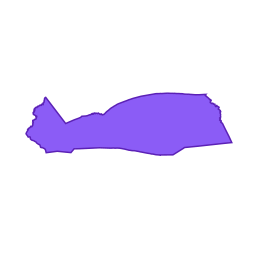 outline of Sinazongwe, Southern, Zambia, rotated 53°
{"feature_id": "96606910B20600796740117", "entity_name": "Sinazongwe", "entity_type": "district", "adm_level": 2, "iso_a3": "ZMB", "parent_name": "Zambia", "parent_adm1": "Southern", "projection": "natural_earth1", "projection_center": [27.144, -17.456], "detail": "fine", "context": "isolated", "style": "filled", "palette": "violet", "viewbox_px": 256, "rotation_deg": 53, "n_neighbors": 0, "source": "geoboundaries", "source_scale": "gbopen_adm2", "svg_char_len": 5216}
<svg xmlns="http://www.w3.org/2000/svg" viewBox="0 0 256 256"><g transform="rotate(53 128 128)"><path d="M100.9,140.7L100.6,140.9L100.5,141.1L100.3,141.7L100.4,142.0L100.2,142.1L98.2,142.7L98.1,143.0L98.2,143.6L97.9,143.8L96.9,144.6L96.9,145.2L96.9,145.4L96.8,145.5L96.3,145.4L95.9,145.7L96.0,146.2L96.0,147.4L96.0,147.5L95.7,147.9L95.5,147.5L95.3,147.2L95.0,147.8L94.9,148.0L94.9,148.3L94.8,148.7L94.9,148.8L95.0,148.8L95.0,149.3L94.8,149.7L94.8,150.0L94.7,150.3L94.3,150.8L93.7,153.1L93.0,154.5L90.9,157.7L90.8,157.9L90.9,158.4L91.0,159.5L90.5,161.5L89.1,166.1L86.9,175.1L54.0,175.3L53.9,175.8L53.9,176.0L54.1,176.7L54.3,177.0L55.1,177.5L55.2,177.9L55.3,178.1L55.5,178.2L55.5,178.3L55.8,178.6L56.1,178.8L56.3,178.9L56.3,179.1L56.6,179.3L56.9,179.7L57.1,180.4L57.1,180.6L57.0,180.8L57.3,181.0L57.2,181.0L57.3,181.3L57.4,181.5L57.5,181.8L57.3,182.0L57.6,182.5L57.7,182.9L57.7,183.2L57.3,183.1L57.4,183.6L57.4,183.9L57.2,184.0L57.0,184.3L57.0,184.6L56.8,184.6L56.8,184.8L56.8,185.6L56.8,186.0L56.7,186.2L56.7,186.5L56.7,186.8L56.7,187.0L56.8,187.1L56.7,187.3L56.4,187.2L56.4,187.6L56.5,187.9L56.5,188.2L56.4,188.4L56.6,188.5L56.4,188.7L56.4,188.9L56.4,189.1L56.2,189.2L56.2,189.4L56.1,189.5L56.3,190.1L56.3,190.3L56.2,190.6L56.3,190.7L56.6,190.9L56.4,191.4L56.5,191.6L56.7,191.8L57.0,191.7L57.2,191.4L57.3,191.5L57.5,192.0L57.7,192.4L57.8,192.3L57.9,192.0L58.0,192.1L58.1,192.3L57.9,192.4L58.2,192.6L58.3,192.9L58.5,192.9L58.6,193.0L58.3,193.3L58.2,193.3L58.6,193.7L58.5,194.2L58.6,194.4L58.7,194.6L59.0,194.8L59.2,194.7L59.5,194.9L59.6,195.0L60.3,195.4L60.5,195.3L60.5,195.1L60.8,195.0L61.7,194.7L62.0,194.6L62.8,194.2L63.1,194.2L63.4,194.2L63.5,194.2L63.3,194.4L63.3,194.5L63.5,194.8L63.7,194.7L63.8,194.3L64.1,194.6L64.1,194.9L64.5,195.1L64.8,195.2L64.9,195.5L65.1,195.6L65.4,196.2L65.5,196.5L65.4,196.6L65.0,197.0L65.1,197.3L65.0,197.7L65.1,197.9L64.9,198.5L65.1,199.4L64.8,199.6L65.4,200.1L65.9,200.1L66.2,200.3L66.4,200.2L66.5,200.3L66.6,201.1L66.8,201.1L67.1,201.3L67.5,201.3L67.7,201.6L67.9,201.9L68.1,202.3L68.7,202.7L68.7,202.8L68.7,203.5L69.0,203.8L69.1,204.0L68.9,204.4L68.8,204.5L68.2,204.6L68.1,204.8L68.4,205.1L68.7,206.2L68.5,207.0L68.5,207.8L68.6,208.3L68.7,208.6L68.8,208.9L69.0,208.8L69.3,208.7L69.5,209.2L69.9,210.3L70.4,211.5L71.0,212.6L71.2,212.8L71.3,212.9L72.1,213.0L74.1,213.0L74.9,213.2L75.0,213.1L75.3,213.0L75.7,212.2L76.0,211.8L76.1,211.7L76.4,211.6L76.6,211.6L77.2,212.1L77.7,212.4L78.1,212.5L78.9,212.4L79.7,212.2L81.6,210.8L82.4,210.6L83.5,210.0L83.9,209.9L84.7,210.0L85.0,210.0L85.7,209.7L86.9,209.4L87.2,209.3L87.5,209.1L87.7,208.9L87.9,208.7L88.8,208.6L89.7,209.0L90.6,209.3L90.8,209.4L91.0,209.3L91.4,209.1L92.0,208.3L92.7,207.9L94.3,207.1L94.9,207.1L95.3,206.9L98.5,208.2L104.0,198.5L113.3,188.4L112.2,183.5L113.2,182.2L115.4,179.1L126.6,162.7L133.7,153.9L135.4,151.4L136.3,150.5L137.4,148.8L139.1,146.8L139.9,146.1L140.5,145.5L142.9,143.3L145.4,141.3L146.4,140.5L147.1,139.7L148.5,138.4L150.1,136.4L152.0,134.7L153.6,133.2L154.3,132.7L155.0,132.0L157.0,130.2L157.9,129.4L158.9,128.5L160.7,126.8L161.6,125.9L162.9,124.9L163.9,123.7L165.7,122.2L166.4,121.5L167.1,120.7L167.5,120.2L168.3,119.4L168.5,119.2L168.4,119.2L176.5,108.2L177.6,95.7L177.6,94.6L185.1,82.3L196.7,62.8L199.3,58.5L202.1,53.9L195.7,52.5L186.8,50.9L181.2,49.8L180.7,49.8L180.3,50.1L179.4,50.4L179.2,50.4L178.7,49.4L178.3,49.3L178.0,49.3L177.8,49.7L177.5,49.9L177.0,50.0L176.8,50.0L176.6,49.6L176.5,49.0L176.4,48.8L176.1,48.6L175.7,48.8L175.3,48.8L175.2,48.8L175.1,48.6L175.3,47.9L175.2,47.7L174.9,47.3L174.0,46.9L172.8,45.8L172.0,45.6L171.7,45.4L171.3,45.4L171.1,45.2L171.0,44.9L171.0,44.6L170.9,44.3L170.6,44.4L170.1,44.5L170.0,44.4L169.9,44.3L170.0,44.0L169.9,43.9L169.7,43.8L167.5,44.3L167.3,44.5L167.1,44.4L166.8,43.8L166.7,43.5L166.6,43.4L166.5,43.0L166.4,42.9L166.0,42.8L165.6,43.0L165.4,43.2L165.2,43.2L164.9,43.3L164.6,43.5L164.1,43.7L163.5,43.5L163.4,43.6L163.6,44.1L164.0,44.3L164.0,44.5L163.9,44.7L163.7,45.0L163.3,45.0L163.1,44.9L162.7,45.0L162.2,44.8L161.4,44.3L161.2,44.3L160.8,44.9L160.5,45.3L160.3,45.4L160.2,45.4L159.7,45.2L159.3,45.7L159.0,45.7L158.8,46.4L158.7,46.4L158.1,46.6L157.2,47.0L157.0,46.9L156.8,46.4L156.6,46.1L156.2,46.1L155.8,45.9L155.7,45.8L155.8,45.4L156.0,45.5L156.1,45.4L156.1,45.1L155.9,44.9L155.1,45.0L154.8,45.1L154.5,45.3L153.9,45.7L153.6,45.7L153.4,45.6L153.1,45.6L152.4,45.8L152.0,45.9L151.7,45.9L151.5,46.0L151.1,46.1L150.9,46.1L150.3,46.3L150.2,46.4L149.8,46.4L149.3,46.5L148.8,46.7L148.7,46.7L148.7,46.3L148.6,46.1L147.8,46.0L147.8,45.9L147.1,46.9L144.5,50.8L142.0,54.2L139.0,57.6L138.6,58.1L138.1,58.6L137.6,59.1L136.8,60.2L135.5,61.8L134.9,62.5L133.1,64.2L132.4,65.2L131.9,65.7L130.9,66.9L129.5,68.7L128.3,70.0L127.8,70.8L127.3,71.3L125.8,73.3L123.9,75.6L123.3,76.5L121.9,78.6L121.4,79.4L120.6,80.6L119.8,81.5L119.5,82.1L117.4,85.0L110.5,98.5L107.4,106.1L106.9,107.6L106.5,108.9L106.0,110.2L105.4,112.5L104.8,114.4L102.8,121.3L102.5,123.0L102.5,123.7L102.4,124.5L102.3,125.4L102.2,125.8L102.1,127.6L101.9,129.3L101.9,130.6L102.0,131.7L102.1,133.0L102.1,133.5L102.1,134.3L102.1,134.8L102.2,135.7L102.2,136.0L102.6,138.1L102.7,139.2L102.3,139.6L102.2,140.4L102.0,140.6L101.7,140.8L101.3,140.9L100.9,140.7Z" fill="#8b5cf6" stroke="#5b21b6" stroke-width="1.5"/></g></svg>